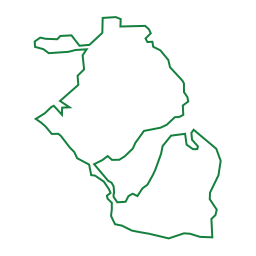 Téra, Tillabéri, Niger (Mercator projection), rotated 179°
{"feature_id": "23599985B14211003047249", "entity_name": "Téra", "entity_type": "district", "adm_level": 2, "iso_a3": "NER", "parent_name": "Niger", "parent_adm1": "Tillabéri", "projection": "mercator", "projection_center": [0.75, 14.304], "detail": "fine", "context": "isolated", "style": "outline", "palette": "green", "viewbox_px": 256, "rotation_deg": 179, "n_neighbors": 0, "source": "geoboundaries", "source_scale": "gbopen_adm2", "svg_char_len": 1634}
<svg xmlns="http://www.w3.org/2000/svg" viewBox="0 0 256 256"><g transform="rotate(179 128 128)"><path d="M67.3,153.5L68.1,157.9L71.4,162.9L71.3,171.7L72.7,174.3L84.9,188.0L86.5,195.3L94.3,205.1L101.4,208.8L102.1,213.8L107.1,213.6L108.9,217.2L103.6,222.3L105.4,226.4L109.1,229.8L133.8,229.6L133.4,237.0L138.3,239.1L151.4,238.5L152.0,223.6L165.1,211.8L175.1,211.1L182.9,221.6L194.0,221.2L197.2,218.0L208.6,218.6L214.2,219.9L219.8,216.1L219.5,210.7L211.2,208.3L205.9,204.2L186.2,205.2L179.1,206.9L168.0,207.4L172.1,201.5L170.9,187.4L177.5,181.1L176.9,172.0L195.5,156.2L186.1,149.7L193.5,149.5L193.8,142.4L201.8,151.5L204.3,150.3L211.0,144.1L220.1,138.7L214.5,134.7L210.3,130.8L204.3,123.4L197.8,123.4L195.2,121.2L186.6,109.6L182.1,104.9L179.4,98.7L167.5,92.1L165.6,81.5L161.8,81.0L153.1,74.8L149.9,69.9L148.2,67.3L146.6,63.4L150.3,60.6L149.6,57.6L145.5,53.6L145.6,47.0L146.5,40.4L144.8,36.6L142.6,32.0L135.8,30.5L126.0,25.4L124.8,25.1L117.6,23.6L108.7,21.9L89.2,16.9L73.9,21.7L67.9,21.2L57.9,17.9L45.6,17.2L46.2,35.6L42.1,39.4L40.7,44.8L47.5,55.4L47.1,62.0L38.4,79.1L35.9,93.6L40.1,105.7L62.4,125.1L64.7,122.0L64.2,115.2L58.4,108.4L59.1,105.7L63.4,105.7L69.7,110.3L70.3,115.3L71.0,121.2L85.1,119.6L93.7,109.3L95.4,101.6L101.4,85.8L104.1,80.3L109.6,70.9L114.6,67.4L119.8,59.8L124.5,62.2L128.7,59.9L131.7,54.3L140.0,53.9L143.6,59.4L143.6,61.9L143.0,63.3L143.4,69.9L145.4,73.6L148.8,75.6L162.5,92.4L154.3,96.3L148.8,100.3L144.6,96.4L137.2,96.4L131.7,99.8L123.6,107.3L120.8,113.2L117.6,117.4L112.1,124.8L95.6,127.7L89.1,130.6L81.0,138.0L76.7,138.1L72.5,140.1L72.8,149.5L67.3,153.5Z" fill="none" stroke="#15803d" stroke-width="2"/></g></svg>